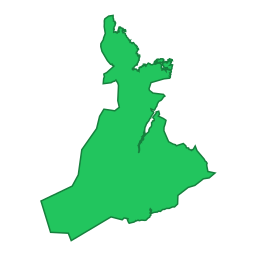 the district of Namdalseid nor, Nord-Trøndelag, Norway
{"feature_id": "86288312B7521239931161", "entity_name": "Namdalseid nor", "entity_type": "district", "adm_level": 2, "iso_a3": "NOR", "parent_name": "Norway", "parent_adm1": "Nord-Trøndelag", "projection": "orthographic", "projection_center": [11.204, 64.324], "detail": "fine", "context": "isolated", "style": "filled", "palette": "green", "viewbox_px": 256, "rotation_deg": 0, "n_neighbors": 0, "source": "geoboundaries", "source_scale": "gbopen_adm2", "svg_char_len": 5774}
<svg xmlns="http://www.w3.org/2000/svg" viewBox="0 0 256 256"><path d="M41.0,201.0L50.6,232.3L68.3,233.2L71.2,240.6L111.0,216.9L122.2,219.8L124.1,218.0L126.9,218.4L127.0,218.9L128.0,218.9L127.6,220.3L128.7,222.7L129.2,223.2L134.1,222.0L135.5,221.1L135.7,220.6L136.5,220.9L138.1,220.1L139.1,220.7L141.6,220.1L145.0,220.4L146.3,220.0L147.7,218.4L149.7,217.1L150.2,215.6L150.9,215.1L150.7,214.1L151.0,213.7L150.1,213.3L150.0,212.9L151.0,212.1L150.7,211.2L150.8,210.8L150.4,210.9L149.9,209.9L150.3,208.8L151.6,210.2L151.2,210.9L151.3,212.0L151.9,213.2L154.0,212.4L157.6,212.0L158.3,211.2L160.5,211.4L162.6,209.5L164.5,209.4L166.5,208.4L169.2,208.4L172.6,206.9L174.6,206.9L177.6,204.0L177.9,195.4L188.2,187.4L194.9,185.4L203.4,178.8L209.2,177.9L215.0,173.0L207.9,171.5L206.8,166.0L206.7,164.4L207.1,163.3L206.2,161.8L205.0,160.9L204.3,159.3L197.0,150.7L195.2,146.0L193.1,149.6L192.0,149.6L191.7,150.5L191.4,150.5L189.4,149.2L189.1,149.4L188.5,148.7L188.5,148.0L186.4,147.8L185.8,145.8L183.3,143.5L176.3,145.8L175.5,144.7L173.1,144.1L168.6,141.7L163.9,130.8L164.0,127.4L165.2,123.8L166.0,120.3L163.4,118.5L158.3,116.1L159.5,114.2L158.7,111.2L156.1,112.0L156.2,113.0L155.9,113.5L152.9,117.1L152.9,117.7L154.2,118.9L154.2,120.6L153.0,120.7L152.9,121.2L152.6,121.3L152.6,121.8L151.6,122.5L151.6,125.5L151.2,126.7L149.9,127.9L149.0,129.7L148.8,131.4L148.4,132.1L146.3,133.8L143.3,137.3L143.1,138.4L143.7,139.0L143.1,139.8L143.0,138.9L142.8,138.9L141.2,140.9L141.3,141.3L141.0,141.3L141.1,141.7L140.6,141.3L140.8,141.7L140.7,142.4L140.2,143.6L139.5,144.2L139.2,145.7L139.1,146.3L139.3,146.4L139.5,149.2L139.4,150.8L138.9,152.3L138.0,152.6L138.8,152.2L139.0,150.0L138.8,147.7L138.6,147.2L138.5,145.6L138.2,145.3L138.8,144.8L139.0,143.5L139.6,142.8L139.8,141.6L140.1,141.5L140.3,140.6L141.2,140.3L141.9,137.9L142.8,136.6L142.5,136.5L142.9,136.3L142.7,135.9L142.2,135.6L143.3,135.8L143.4,135.3L144.0,135.0L143.9,134.5L144.7,134.9L144.9,134.5L144.7,134.0L145.0,134.0L145.0,133.1L144.1,133.1L143.7,132.5L144.6,131.9L144.7,131.2L144.2,131.2L144.8,129.3L144.9,127.3L145.3,126.9L146.8,123.0L147.3,122.9L147.3,122.5L148.7,121.0L149.9,118.4L150.8,117.9L151.0,116.6L153.7,112.7L153.5,111.9L151.5,110.8L151.0,108.9L154.1,110.2L154.8,109.6L155.7,107.6L156.8,106.1L157.3,104.0L158.4,102.0L159.1,101.2L160.9,100.4L162.5,98.7L163.3,97.2L164.9,96.1L163.4,94.4L153.0,93.1L149.5,90.4L149.0,88.8L151.0,82.6L164.1,78.8L169.5,78.2L170.2,77.6L169.5,76.4L170.3,76.5L170.4,76.1L170.4,75.1L170.0,74.4L170.6,74.3L169.8,72.9L170.9,72.8L171.3,71.5L170.9,70.6L167.4,69.3L165.3,69.1L165.4,69.7L165.9,70.2L166.0,71.1L165.0,69.9L163.9,69.4L162.0,70.1L161.9,68.5L162.7,68.3L161.3,67.9L161.3,66.6L161.6,65.1L161.3,64.3L160.2,63.5L160.1,63.0L160.7,62.2L161.6,62.6L162.5,62.3L162.8,61.5L163.8,60.8L163.6,60.4L163.7,59.6L163.1,59.5L163.0,58.9L162.2,58.8L160.5,58.8L159.9,59.5L158.0,59.1L157.9,59.8L156.6,59.5L156.3,60.0L156.7,60.2L157.1,61.3L156.1,61.8L155.7,60.9L155.3,60.9L154.5,61.6L154.6,62.8L154.3,62.8L154.4,63.2L156.0,63.1L159.3,62.3L159.2,63.1L158.6,63.2L157.5,63.2L155.2,64.3L153.5,64.0L152.2,64.8L150.7,64.6L150.3,64.4L150.3,64.0L148.3,63.1L147.0,64.6L146.2,64.8L146.1,65.9L145.8,66.3L145.5,66.0L145.6,64.9L145.1,64.2L144.2,64.2L144.9,64.9L144.7,65.4L143.0,65.1L142.8,65.4L143.3,65.8L142.9,66.2L142.0,66.1L141.6,67.0L140.2,66.9L140.0,67.2L140.3,67.5L139.2,67.7L139.2,68.5L139.0,71.0L138.3,70.0L137.8,70.6L137.9,71.0L137.2,70.8L136.9,69.8L136.4,69.2L135.1,69.4L135.1,69.0L134.2,68.9L133.3,69.7L133.8,70.1L132.8,69.7L132.8,69.0L132.4,69.0L132.5,68.3L133.8,67.8L134.2,66.8L135.6,65.3L137.1,65.0L137.3,64.3L136.9,64.2L137.0,63.8L138.2,62.0L138.7,60.2L139.0,60.2L138.9,59.4L139.1,59.4L139.2,57.5L139.5,57.5L139.8,56.4L139.6,55.1L138.5,55.1L138.1,56.1L137.9,55.9L137.6,55.7L137.6,53.8L136.3,53.6L136.2,53.2L136.6,52.8L136.5,52.3L136.8,52.3L137.7,49.9L138.5,49.6L138.4,48.9L138.1,48.4L137.6,48.8L136.9,47.7L137.2,46.6L136.4,45.7L135.9,45.8L135.7,45.1L135.3,45.1L133.4,42.6L132.2,42.8L132.7,42.8L132.1,43.5L131.0,42.3L130.1,42.4L130.0,42.2L130.3,42.1L130.1,41.1L130.3,40.5L129.8,40.8L129.1,40.5L129.2,39.9L128.9,39.4L128.3,39.1L127.8,38.0L126.7,37.2L126.3,35.8L125.5,35.1L125.4,33.9L125.1,33.4L124.0,32.7L123.1,32.8L123.1,32.5L122.9,32.4L122.9,31.8L122.4,31.5L122.4,30.5L122.7,29.6L124.5,31.2L125.7,31.4L125.6,30.1L125.3,29.7L123.7,29.6L123.0,28.6L122.5,28.9L121.8,27.9L121.0,28.0L120.2,27.6L120.3,27.1L119.2,27.0L118.8,28.0L119.1,28.0L119.2,28.6L118.2,29.9L118.0,30.9L119.1,31.0L119.1,31.9L117.8,32.3L117.3,33.0L116.7,32.9L116.5,32.1L115.7,32.3L115.6,31.8L113.7,32.3L113.9,29.3L114.2,29.3L114.1,28.8L113.6,28.8L114.2,26.8L114.9,25.7L115.6,23.0L115.4,22.5L114.9,22.9L114.7,21.3L113.5,21.1L113.6,19.0L113.3,18.8L113.1,17.9L113.1,15.4L108.7,16.1L104.9,18.8L104.3,20.6L104.5,21.4L104.2,21.9L104.4,22.6L104.2,26.7L105.3,33.5L103.6,37.9L103.3,39.7L100.9,43.7L100.8,46.7L102.0,51.4L107.4,60.6L110.6,64.3L112.1,64.1L112.3,65.3L113.0,65.3L113.2,65.9L113.7,65.7L113.9,66.2L106.7,72.6L103.9,74.0L103.9,74.6L104.4,76.8L103.7,78.4L103.2,83.7L111.1,82.7L112.9,81.6L114.8,81.1L115.9,80.0L117.9,83.3L118.5,85.5L117.8,100.7L119.3,107.3L114.8,110.8L103.9,109.2L99.6,116.3L96.6,128.6L81.8,149.7L78.3,174.9L72.2,186.1L41.0,201.0ZM172.2,59.7L169.4,58.8L169.1,59.6L168.2,59.8L168.8,60.6L168.7,61.1L168.0,60.8L168.0,61.2L167.4,61.6L167.3,62.5L167.6,62.5L167.5,62.8L167.2,62.8L167.2,62.4L166.4,62.8L166.2,61.6L165.3,61.6L165.3,62.0L164.2,62.3L163.9,62.8L163.1,62.8L162.3,64.3L162.7,64.3L163.0,65.5L163.6,65.9L163.8,66.5L163.6,66.7L164.6,67.8L167.3,67.6L167.4,68.1L167.0,68.1L167.1,68.4L168.3,69.2L171.3,69.9L171.9,68.5L172.0,67.0L172.6,64.9L171.0,64.5L170.7,65.1L169.9,65.2L170.6,64.6L170.6,62.9L171.2,62.6L171.3,62.0L170.3,61.1L171.5,60.9L171.4,60.5L171.8,59.9L172.3,60.2L172.2,59.7Z" fill="#22c55e" stroke="#15803d" stroke-width="1.5"/></svg>